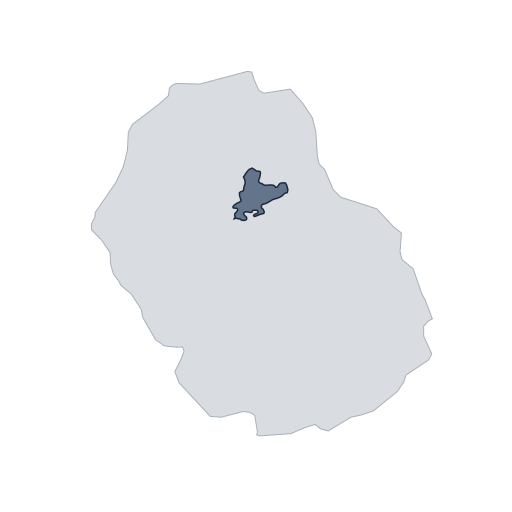 Negotino on a map of North Macedonia (orthographic projection), rotated 252°
{"feature_id": "MKD-2946", "entity_name": "Negotino", "entity_type": "Statistical Region", "adm_level": 1, "iso_a3": "MKD", "parent_name": "North Macedonia", "parent_adm1": "", "projection": "orthographic", "projection_center": [22.1, 41.501], "detail": "fine", "context": "in_parent", "style": "filled", "palette": "slate", "viewbox_px": 512, "rotation_deg": 252, "n_neighbors": 0, "source": "natural_earth", "source_scale": "10m", "svg_char_len": 2967}
<svg xmlns="http://www.w3.org/2000/svg" viewBox="0 0 512 512"><g transform="rotate(252 256 256)"><path d="M232.8,129.3L240.9,130.4L258.6,125.5L269.6,118.5L275.2,117.5L282.7,114.8L293.4,115.2L304.3,118.3L318.1,114.3L331.7,107.7L337.1,109.3L343.0,114.9L346.9,116.4L369.5,145.7L382.0,157.5L396.6,166.5L413.3,172.9L419.4,179.2L430.3,210.4L435.5,222.2L442.6,225.7L444.3,229.1L444.7,233.6L436.9,255.6L434.2,304.9L432.2,308.8L423.8,308.7L412.6,309.9L408.4,313.7L404.1,340.2L386.1,347.9L369.8,352.3L356.0,351.3L331.7,345.1L323.8,344.5L317.1,348.0L295.4,349.9L285.9,354.5L263.5,385.5L240.8,396.0L233.0,401.4L215.8,394.4L207.5,393.7L195.4,401.5L169.1,402.0L162.0,403.3L141.7,404.3L141.0,400.0L137.3,393.7L127.9,390.7L108.6,392.9L103.9,388.2L96.4,361.8L90.3,357.5L83.5,348.5L72.4,319.7L72.3,307.2L73.3,296.3L67.3,270.6L71.4,264.2L77.5,260.2L77.7,249.9L76.3,234.2L83.9,203.5L85.9,201.3L87.7,202.9L104.8,205.6L109.2,201.8L112.1,195.7L113.4,173.2L117.6,162.9L159.1,143.7L171.2,143.1L180.4,152.3L187.7,158.2L192.2,158.0L193.8,152.2L198.9,141.0L207.4,134.6L232.5,129.3L232.8,129.3Z" fill="#d9dde1" stroke="#a8b0b8" stroke-width="1"/><path d="M294.1,276.5L294.3,272.9L294.0,268.8L294.0,266.8L294.1,266.7L294.5,266.3L295.4,266.3L296.1,267.2L296.1,269.4L296.4,270.9L296.9,271.6L297.7,271.6L298.7,271.6L299.1,270.9L299.7,269.5L300.3,267.9L300.3,266.9L299.5,266.1L299.0,265.8L298.8,265.2L298.9,264.7L299.2,263.9L300.1,262.5L300.6,261.4L301.2,260.0L301.2,258.9L301.1,258.0L300.1,257.3L299.4,257.3L298.1,257.7L297.0,258.3L295.9,258.9L294.8,258.9L293.9,258.4L293.4,257.5L293.4,256.4L293.6,255.3L294.2,253.8L295.3,252.7L296.2,252.2L297.0,250.4L297.8,249.2L298.2,248.0L298.1,246.8L298.5,247.1L299.8,248.3L301.2,248.3L302.7,248.9L303.2,249.6L304.3,251.6L305.5,253.0L306.3,253.0L307.0,252.6L307.5,252.0L308.0,250.7L308.7,249.3L309.7,249.1L310.4,249.9L311.0,250.8L311.5,252.1L312.1,254.4L312.3,256.6L312.9,258.5L313.8,259.2L315.0,258.9L317.1,259.0L319.0,259.1L321.4,259.9L321.8,261.2L321.9,264.0L323.0,264.8L324.7,265.5L326.2,266.5L328.4,268.1L331.0,268.8L333.8,268.7L335.0,268.5L335.9,269.7L337.5,271.5L338.8,273.5L339.9,275.1L340.6,276.7L340.6,278.7L340.9,279.2L340.1,280.0L338.5,281.5L337.4,282.1L336.7,282.7L336.3,283.6L335.9,284.6L335.4,285.5L334.9,286.0L334.1,286.0L332.8,285.6L331.7,285.0L330.5,284.3L329.0,283.5L328.3,282.8L327.4,282.0L326.5,281.7L325.2,281.7L324.2,282.4L322.6,284.4L321.1,285.5L320.4,286.7L319.7,289.3L319.1,291.7L318.5,293.1L318.0,294.3L317.3,294.9L316.4,295.6L315.6,295.7L315.1,296.4L314.9,297.0L315.3,297.9L316.2,299.2L317.2,300.4L317.6,301.5L317.6,302.3L317.4,303.5L317.1,304.5L316.8,305.7L316.4,306.5L315.6,306.7L314.2,307.0L311.9,307.0L309.9,306.8L309.0,306.8L308.2,306.2L306.7,305.4L306.7,304.5L306.7,303.3L306.4,301.7L305.1,299.4L304.5,296.4L304.4,292.8L304.5,289.4L303.8,286.4L303.3,284.3L302.9,281.9L303.0,277.9L302.3,276.8L300.8,276.2L299.5,276.4L298.0,277.3L296.7,277.4L295.1,277.4L294.1,276.5Z" fill="#64748b" stroke="#1e293b" stroke-width="1.5"/></g></svg>